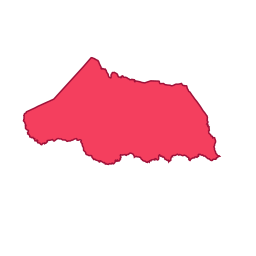 Chikwawa, Chikwawa, Malawi (Robinson projection), rotated 310°
{"feature_id": "42251766B28594103932184", "entity_name": "Chikwawa", "entity_type": "district", "adm_level": 2, "iso_a3": "MWI", "parent_name": "Malawi", "parent_adm1": "Chikwawa", "projection": "robinson", "projection_center": [34.783, -16.215], "detail": "fine", "context": "isolated", "style": "filled", "palette": "rose", "viewbox_px": 256, "rotation_deg": 310, "n_neighbors": 0, "source": "geoboundaries", "source_scale": "gbopen_adm2", "svg_char_len": 5835}
<svg xmlns="http://www.w3.org/2000/svg" viewBox="0 0 256 256"><g transform="rotate(310 128 128)"><path d="M145.8,54.4L102.4,52.6L87.0,45.2L83.1,43.6L75.1,39.8L74.3,40.2L72.8,39.7L72.2,39.6L70.9,40.3L70.6,40.2L70.0,41.1L68.8,41.9L68.2,42.6L67.6,42.6L67.1,43.0L66.3,43.3L66.0,45.2L65.2,46.4L64.3,48.2L64.0,48.3L63.8,47.9L63.6,48.0L63.1,48.8L62.0,49.5L61.6,51.2L62.0,52.8L62.0,53.3L61.2,53.9L60.7,54.1L60.1,53.9L59.8,54.5L59.0,54.9L59.1,55.6L59.5,56.2L59.1,56.8L58.9,57.7L58.1,58.4L58.1,58.6L58.6,59.5L58.5,60.2L59.7,61.2L59.2,62.3L59.9,63.3L59.7,63.5L59.2,63.6L58.4,65.0L59.1,65.7L59.1,66.1L59.3,66.3L59.8,66.4L60.2,66.1L60.4,66.5L60.3,66.9L59.1,67.6L58.7,68.3L59.7,70.1L59.4,71.7L59.6,72.5L59.9,72.7L60.9,72.5L61.5,72.6L62.2,73.5L62.3,74.1L62.9,73.8L63.3,74.7L63.6,74.9L64.7,74.8L65.6,75.1L66.0,74.5L66.5,74.3L66.8,74.6L67.3,74.8L67.8,75.5L69.2,76.7L70.5,77.4L70.6,77.8L70.3,79.2L70.4,79.5L70.7,79.9L73.7,80.5L75.0,81.2L75.8,82.8L76.7,83.9L76.8,85.5L78.6,87.8L78.6,89.8L78.8,90.1L79.9,90.8L81.0,92.1L82.3,92.6L83.2,93.4L85.0,94.0L86.6,95.2L86.8,95.5L86.5,96.3L86.0,96.6L86.0,96.9L86.8,97.9L88.0,98.5L88.4,99.2L88.5,99.8L88.3,100.4L88.0,100.6L87.2,100.6L87.0,100.9L86.6,102.0L86.6,103.1L86.0,103.3L85.5,104.2L85.1,104.4L84.3,106.5L82.3,108.4L82.1,111.2L81.2,112.2L80.9,113.0L81.0,113.4L81.3,113.8L81.8,115.9L82.9,117.0L83.0,117.5L83.4,117.8L83.1,118.6L82.6,119.0L82.4,119.5L82.2,120.7L82.4,121.3L81.9,121.6L81.8,122.0L82.9,123.0L82.8,124.2L83.2,124.8L83.5,125.8L83.9,126.5L83.5,127.7L83.6,128.0L84.0,128.2L85.0,127.7L85.2,128.0L85.7,131.8L86.3,132.0L86.4,132.3L85.8,133.8L86.6,134.1L86.6,134.8L87.4,136.2L87.7,136.6L88.3,136.5L88.6,136.6L89.1,137.2L89.5,138.2L90.8,138.4L91.0,138.7L90.9,139.6L91.4,140.0L92.5,140.1L93.3,139.9L94.4,140.1L94.8,139.2L95.3,139.1L95.7,139.6L95.5,141.0L95.9,141.2L96.7,140.8L96.7,142.1L97.1,142.4L98.1,142.4L98.8,142.1L99.3,142.2L99.6,141.6L100.1,141.7L100.6,141.3L101.1,141.4L102.0,139.7L102.7,139.5L103.5,141.0L104.1,141.2L104.6,141.9L105.7,142.7L105.8,142.8L105.7,143.6L106.0,144.3L106.8,144.2L107.9,145.2L109.9,145.6L110.4,146.1L111.0,147.5L111.2,148.7L110.5,150.8L109.8,151.6L110.5,151.7L110.8,152.2L111.5,152.5L111.7,153.4L112.8,154.8L112.9,155.6L113.4,156.2L113.4,156.6L112.8,157.9L112.7,158.6L112.9,159.2L112.6,160.1L113.0,161.6L113.6,162.4L113.5,163.3L113.7,164.2L114.0,164.5L114.1,165.0L115.1,165.0L115.4,165.4L115.5,166.2L116.3,165.6L117.0,165.8L117.5,166.7L117.9,166.6L118.3,166.3L118.5,166.3L118.8,166.7L119.3,166.9L119.8,167.6L120.5,168.0L120.7,169.1L120.9,169.2L121.8,168.5L122.0,168.5L122.4,169.5L122.3,170.8L122.6,171.3L123.4,171.5L123.8,171.4L124.8,170.8L125.0,170.5L125.6,170.0L126.1,169.8L126.4,169.4L127.5,169.5L128.1,168.9L127.4,170.4L127.4,171.2L128.2,171.9L127.9,172.6L128.1,173.4L128.5,173.5L128.7,174.2L128.6,175.0L127.8,176.6L128.4,177.4L128.3,178.5L128.6,179.0L128.7,179.9L128.7,180.3L128.3,180.9L129.0,180.8L129.2,181.0L129.5,180.5L129.7,181.2L130.2,181.2L130.8,181.5L131.6,180.8L133.2,180.0L134.4,179.9L134.6,180.4L135.0,179.9L135.3,179.8L136.4,180.6L136.8,181.2L137.7,182.0L138.5,182.2L139.6,182.6L139.7,183.0L139.9,184.4L141.0,184.7L141.9,187.6L142.3,188.0L143.3,188.4L143.8,189.7L144.0,190.8L143.9,192.2L144.3,193.5L143.7,194.3L143.2,194.5L142.8,195.6L143.0,196.4L143.3,196.4L143.9,195.6L144.5,196.2L146.4,196.7L147.9,198.1L148.4,197.8L148.6,197.9L149.5,198.6L149.9,199.7L150.5,199.7L150.9,199.5L151.6,200.2L151.9,200.1L152.7,199.0L153.3,199.1L153.5,199.8L154.2,200.0L154.3,201.2L154.7,202.3L155.4,202.6L155.2,204.1L155.9,204.8L156.1,205.5L155.9,206.1L155.9,209.2L156.1,209.5L156.6,210.0L156.4,211.8L156.7,212.8L157.4,213.4L158.3,213.2L158.7,213.6L159.2,213.7L160.4,215.3L161.4,215.4L161.6,215.0L162.0,214.9L162.7,215.3L164.7,215.9L165.2,216.4L165.3,215.7L164.6,214.8L164.6,213.7L165.0,212.8L164.9,211.7L165.5,211.0L165.7,210.6L166.1,210.2L166.2,209.7L167.0,208.1L167.9,207.5L168.8,205.9L170.3,205.5L171.2,204.8L173.6,204.1L174.7,203.0L175.9,200.9L176.1,200.8L176.1,200.4L175.6,199.8L175.4,199.3L175.0,199.2L175.7,198.1L175.5,197.8L175.7,197.5L175.3,196.5L176.0,195.5L175.9,195.3L176.0,193.3L177.6,191.6L178.2,191.9L178.5,191.8L180.4,189.7L181.0,189.5L181.0,189.0L180.6,188.6L180.5,188.3L181.4,187.6L181.7,187.6L181.4,186.8L182.2,186.3L181.9,185.8L183.0,185.7L183.4,185.4L183.4,185.6L183.9,185.5L184.4,184.6L184.4,184.0L184.8,183.6L185.4,183.4L185.7,183.0L187.1,182.1L188.1,180.6L188.0,180.4L189.0,176.9L189.4,174.6L191.0,169.5L192.4,164.2L193.3,159.6L193.5,159.2L194.3,155.8L195.2,152.7L195.3,152.3L195.1,151.0L195.7,149.9L196.4,148.0L197.9,146.0L197.9,145.7L196.5,143.9L196.6,143.7L195.9,142.6L196.1,141.4L196.5,140.4L196.4,140.2L195.4,139.6L193.6,138.1L193.0,137.2L192.0,136.3L189.3,135.1L188.2,134.1L187.8,132.7L186.4,130.8L185.1,128.6L184.9,127.9L185.0,126.9L184.9,126.6L183.7,125.2L183.0,124.6L182.6,123.9L183.4,122.2L183.7,122.1L183.8,121.6L178.7,115.1L173.3,111.8L171.7,109.2L171.4,108.2L170.7,106.7L169.5,104.5L168.6,103.4L167.9,103.5L167.9,103.0L168.0,102.9L168.3,102.8L168.4,103.1L168.8,102.9L168.6,102.2L169.0,101.9L168.6,101.4L168.4,100.7L167.8,100.2L167.8,99.7L167.3,99.6L166.2,98.4L166.1,97.9L166.2,97.2L165.8,96.1L165.9,95.4L165.5,93.9L165.3,93.5L164.5,92.7L164.2,92.1L164.5,90.4L163.9,90.0L163.5,90.4L163.0,89.8L161.7,90.7L161.9,90.4L161.8,89.3L161.1,88.2L161.0,87.8L161.4,87.2L161.3,86.9L161.4,86.4L161.9,86.1L162.4,85.1L162.2,84.1L162.2,83.3L161.9,82.5L161.8,81.7L161.2,81.3L160.7,80.6L160.3,80.4L159.3,80.8L158.4,80.7L157.4,81.2L156.8,81.8L155.5,82.6L155.2,82.4L154.8,81.1L154.9,80.2L155.9,78.7L156.4,78.3L157.0,75.9L158.2,74.1L158.1,73.1L158.5,72.7L158.4,72.4L157.8,72.2L157.3,70.4L157.1,70.2L156.5,70.2L156.3,69.8L156.2,69.3L157.2,68.4L158.7,65.0L159.9,62.9L160.0,62.6L159.9,62.3L160.3,61.8L160.3,61.2L159.9,60.3L159.8,59.3L159.5,58.8L159.7,58.0L159.1,56.7L159.0,55.9L158.2,54.6L145.8,54.4Z" fill="#f43f5e" stroke="#9f1239" stroke-width="1.5"/></g></svg>